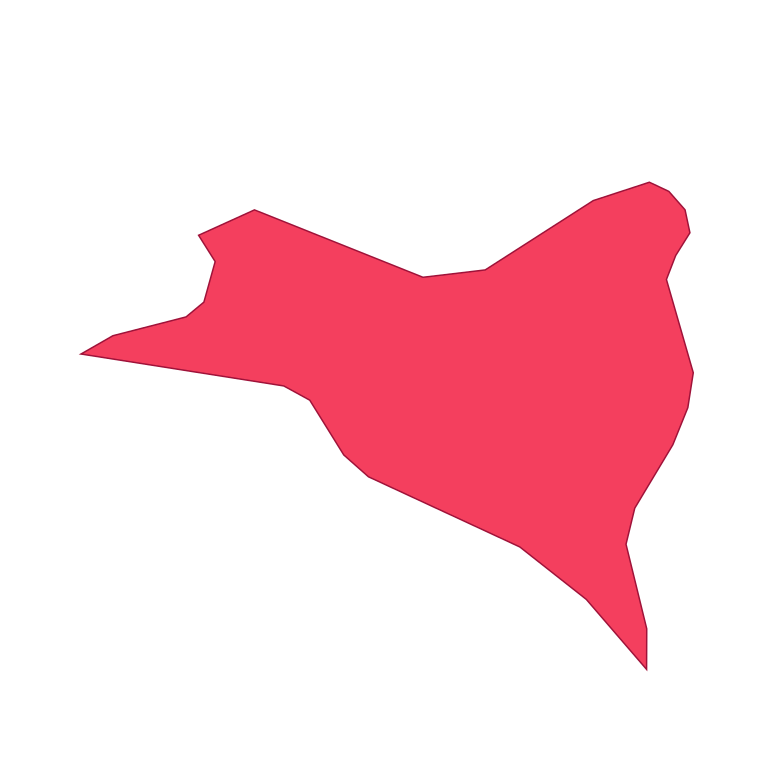 outline of Seine-Saint-Denis, rotated 9°
{"feature_id": "FRA-5344", "entity_name": "Seine-Saint-Denis", "entity_type": "Metropolitan department", "adm_level": 1, "iso_a3": "FRA", "parent_name": "France", "parent_adm1": "", "projection": "natural_earth1", "projection_center": [2.47, 48.909], "detail": "fine", "context": "isolated", "style": "filled", "palette": "rose", "viewbox_px": 768, "rotation_deg": 9, "n_neighbors": 0, "source": "natural_earth", "source_scale": "10m", "svg_char_len": 551}
<svg xmlns="http://www.w3.org/2000/svg" viewBox="0 0 768 768"><g transform="rotate(9 384 384)"><path d="M80.0,401.8L108.7,378.7L178.0,348.7L193.3,331.3L198.1,289.5L177.6,266.1L228.8,232.3L405.8,272.5L466.1,255.5L562.0,170.1L614.5,143.2L635.2,149.2L654.1,164.9L662.5,186.8L652.0,211.5L646.6,236.6L687.7,324.5L687.8,359.8L678.8,398.8L651.1,467.4L648.1,504.4L681.8,584.7L688.0,624.8L617.5,565.1L543.6,523.7L466.3,501.7L465.9,501.6L383.2,478.1L355.4,460.4L313.2,411.6L285.3,401.6L80.0,401.8Z" fill="#f43f5e" stroke="#9f1239" stroke-width="1.5"/></g></svg>